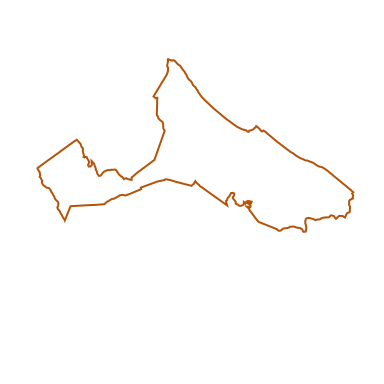 Ilhéus, Bahia, Brazil, rotated 310°
{"feature_id": "56859067B42691950323680", "entity_name": "Ilhéus", "entity_type": "district", "adm_level": 2, "iso_a3": "BRA", "parent_name": "Brazil", "parent_adm1": "Bahia", "projection": "albers", "projection_center": [-39.201, -14.766], "detail": "fine", "context": "isolated", "style": "outline", "palette": "amber", "viewbox_px": 384, "rotation_deg": 310, "n_neighbors": 0, "source": "geoboundaries", "source_scale": "gbopen_adm2", "svg_char_len": 5684}
<svg xmlns="http://www.w3.org/2000/svg" viewBox="0 0 384 384"><g transform="rotate(310 192 192)"><path d="M110.9,58.3L110.2,59.6L109.7,61.1L109.2,62.8L108.3,63.5L107.4,64.9L105.7,65.5L105.5,67.2L104.7,68.8L104.3,70.2L103.0,70.6L102.2,71.9L101.8,73.0L101.7,74.5L101.8,76.0L101.8,77.7L102.5,78.8L103.0,80.0L102.8,81.2L102.5,82.6L101.5,84.6L101.1,86.2L100.5,87.5L100.1,89.0L99.1,90.7L98.5,92.1L98.5,93.8L98.3,95.3L97.9,96.5L96.9,97.3L96.0,97.9L94.9,98.6L93.7,98.7L92.9,99.8L92.5,100.9L92.4,102.8L91.1,105.4L90.7,107.1L90.1,108.3L89.4,109.8L89.1,111.4L88.4,112.9L103.1,108.1L113.8,119.5L120.7,127.0L126.5,132.8L127.9,132.8L129.8,133.2L131.5,133.9L133.1,134.4L134.9,135.0L136.1,136.0L137.2,136.8L138.7,137.3L140.2,137.9L141.3,138.4L142.7,138.7L144.0,139.6L145.1,140.5L145.8,141.7L146.2,143.0L151.1,145.9L152.3,146.5L161.5,151.2L162.5,150.0L178.0,158.9L183.4,163.2L184.9,163.6L187.3,167.9L189.3,172.8L192.0,178.4L192.8,180.2L196.5,187.7L198.2,187.8L199.7,188.3L201.0,187.6L202.5,187.6L201.9,189.4L201.9,191.1L202.0,192.6L201.6,194.3L201.9,196.3L202.1,199.4L202.3,201.9L204.3,227.5L206.8,223.9L208.2,224.1L209.3,223.5L210.4,223.2L211.9,223.4L213.5,223.2L214.8,222.9L216.3,222.6L217.7,224.0L218.0,225.3L217.0,226.2L215.6,226.5L214.4,226.5L213.5,227.2L212.7,231.6L211.2,232.9L211.8,235.1L211.9,237.2L212.8,238.4L214.6,239.3L216.3,239.3L217.5,238.3L217.3,240.2L218.5,239.6L219.2,240.6L220.4,240.1L221.5,241.2L222.4,242.9L222.9,243.9L221.4,244.5L220.4,242.7L219.1,242.0L219.4,243.3L219.4,245.3L218.2,246.4L217.1,246.2L217.0,244.7L216.0,243.3L215.9,244.7L215.9,246.6L215.0,247.7L214.6,249.9L212.3,259.5L211.9,262.2L216.9,277.3L217.3,278.6L218.2,281.1L217.8,282.1L218.2,283.6L219.7,284.9L221.6,285.1L223.1,285.7L224.2,286.9L225.7,288.2L227.0,289.1L228.2,289.3L229.1,290.2L230.1,291.1L231.2,292.7L231.8,294.5L232.4,295.7L233.1,296.8L233.9,298.1L234.2,300.1L233.1,302.9L234.6,304.5L235.8,304.1L236.8,303.4L238.0,302.6L239.0,301.5L240.0,300.3L240.8,298.9L241.7,298.3L242.7,297.4L243.6,296.9L244.9,296.6L246.1,297.0L247.0,297.8L247.9,299.4L248.8,301.4L249.5,303.0L249.6,304.5L250.6,305.1L251.7,305.9L252.8,307.1L253.8,307.8L255.4,308.1L256.4,308.9L257.4,309.7L258.3,310.7L259.2,311.4L259.9,312.6L261.2,313.4L262.7,313.2L263.8,313.8L264.3,315.1L264.8,316.5L264.1,318.0L264.0,319.5L265.8,319.7L267.4,319.8L268.7,320.5L269.4,321.5L270.5,322.9L270.5,324.6L270.9,325.7L272.6,325.0L274.2,324.7L275.7,324.4L276.6,324.9L277.6,325.6L278.6,325.4L279.6,324.5L281.0,323.4L282.3,322.5L283.2,320.6L284.6,319.4L286.0,318.2L287.3,318.0L288.2,318.5L289.4,318.7L290.5,319.5L291.4,318.3L292.9,317.8L293.8,315.6L295.5,315.7L295.5,313.8L295.6,312.6L295.6,310.9L295.6,309.0L295.6,307.0L295.6,305.0L295.5,303.6L295.5,302.2L295.5,300.1L295.5,298.5L295.5,297.1L295.5,295.2L295.5,293.5L295.4,292.3L295.4,291.0L295.4,289.6L295.5,287.8L295.4,286.2L295.4,284.3L295.4,282.6L295.3,281.1L295.1,279.2L295.0,277.5L294.6,276.0L294.3,274.9L293.7,274.0L293.1,272.6L292.7,271.0L292.6,269.5L292.4,267.7L292.2,265.9L291.6,264.1L291.1,262.9L290.8,261.7L290.2,260.0L289.1,258.6L288.7,256.6L288.3,255.6L287.9,254.2L287.3,252.1L287.1,250.2L286.8,248.6L286.7,246.8L286.7,244.9L286.5,243.7L286.2,242.5L286.0,241.2L286.0,239.4L285.8,237.5L285.7,235.2L285.6,233.1L285.5,230.9L285.4,229.2L285.4,227.9L285.3,226.3L285.2,224.8L285.2,223.6L285.2,221.9L285.2,219.8L285.2,218.0L285.2,216.9L285.2,215.3L285.2,213.3L285.2,211.4L285.3,209.8L285.1,207.3L283.3,206.6L283.4,204.7L283.8,203.0L283.8,201.8L283.9,200.5L283.8,198.8L282.4,199.2L281.1,198.8L279.3,198.7L278.1,198.0L276.9,197.3L275.7,196.4L274.5,196.7L273.9,195.4L274.0,193.7L273.2,192.2L272.6,190.7L272.0,189.1L271.6,187.4L271.2,185.9L270.9,184.3L270.8,182.9L270.7,181.8L270.5,179.9L270.4,178.0L270.3,176.5L270.3,175.1L270.1,173.4L270.0,171.8L269.9,170.3L269.9,168.4L269.9,166.6L269.9,164.3L269.9,162.3L269.9,160.4L269.9,158.6L269.9,157.2L269.9,155.9L269.9,154.6L270.0,153.4L270.1,152.0L270.1,150.9L270.2,149.0L270.4,147.0L270.4,145.6L270.5,144.4L270.5,143.2L270.7,141.6L270.9,140.0L271.1,138.2L271.6,136.0L272.1,134.2L272.6,132.5L273.4,131.0L273.8,128.9L274.5,127.3L274.4,125.5L274.6,124.1L275.3,122.5L275.8,121.4L276.2,119.8L276.2,117.9L276.4,116.1L276.9,114.9L277.4,113.8L278.2,112.4L278.7,110.4L279.3,109.2L279.6,107.6L279.9,105.9L280.3,104.8L280.6,103.3L281.1,101.7L280.8,100.3L280.8,98.9L280.9,97.4L281.2,96.0L281.4,94.6L281.2,93.2L279.7,92.2L278.9,90.1L278.4,88.3L277.4,88.6L276.4,89.8L275.3,90.4L273.8,91.2L272.3,92.2L271.9,93.6L270.8,94.7L269.9,95.3L268.7,96.1L267.2,96.7L265.7,97.2L240.5,101.1L240.5,102.3L240.5,104.1L241.8,104.9L228.9,115.1L228.2,116.0L227.9,117.4L226.8,118.9L226.6,120.8L226.6,122.2L226.7,124.1L226.1,125.7L224.9,126.7L223.6,127.9L222.0,129.5L221.4,131.7L203.3,138.5L194.6,141.8L192.5,142.6L169.9,137.3L168.0,137.1L165.8,136.7L164.3,136.4L163.4,137.2L162.5,137.9L161.8,136.9L161.2,135.5L160.5,134.2L160.4,132.9L159.2,132.0L158.1,131.7L158.4,130.4L158.7,129.0L158.4,127.9L158.5,126.1L158.5,124.3L159.1,123.3L159.2,122.1L159.8,120.8L160.0,119.5L159.6,118.4L158.5,117.5L157.1,115.7L155.8,115.0L154.9,113.6L153.4,112.6L152.0,112.0L150.4,111.4L148.8,111.3L147.1,111.5L145.8,111.5L144.5,110.5L144.9,108.9L145.2,107.6L146.1,106.4L146.8,105.4L147.3,103.9L148.3,102.9L149.0,101.7L149.5,100.7L150.4,99.4L151.0,97.6L151.1,96.3L151.2,95.1L149.8,96.5L148.4,97.9L146.3,97.8L145.1,96.5L146.0,94.9L147.5,94.6L148.7,94.0L149.6,92.6L150.1,90.9L151.0,89.1L150.6,88.1L149.4,87.5L149.0,86.5L150.4,85.9L151.2,84.8L152.1,83.4L153.3,81.8L154.5,81.2L155.4,80.2L155.5,78.5L156.1,77.5L157.2,75.7L157.4,74.2L157.7,72.0L158.0,70.2L155.0,69.2L146.9,67.2L143.8,66.4L134.7,64.2L133.0,63.7L128.8,62.7L125.7,61.9L121.8,60.9L112.5,58.6L110.9,58.3Z" fill="none" stroke="#b45309" stroke-width="2"/></g></svg>